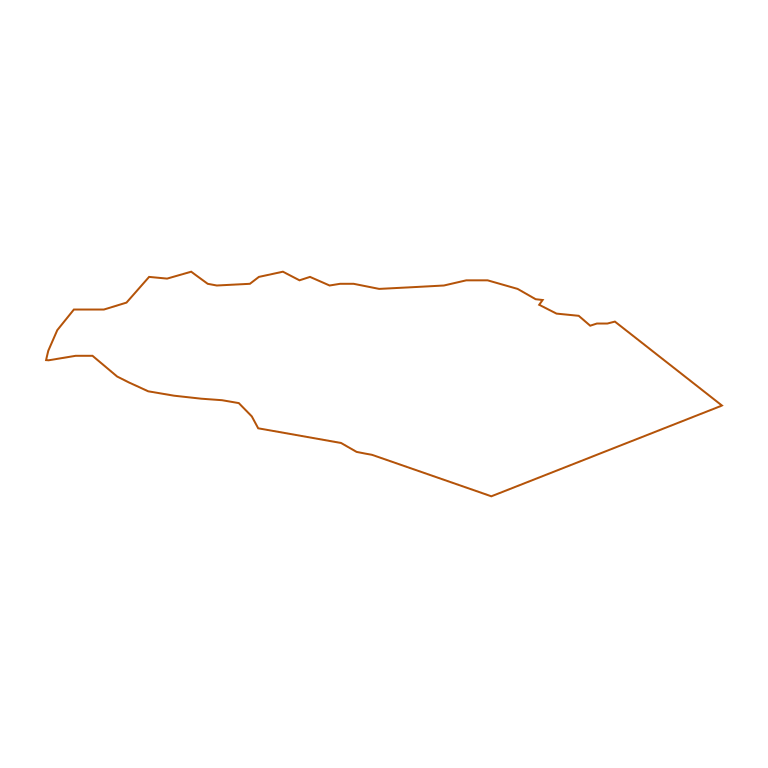 outline of Colombette, Soufrière, Saint Lucia
{"feature_id": "8701671B5497256844946", "entity_name": "Colombette", "entity_type": "district", "adm_level": 2, "iso_a3": "LCA", "parent_name": "Saint Lucia", "parent_adm1": "Soufrière", "projection": "robinson", "projection_center": [-61.052, 13.868], "detail": "fine", "context": "isolated", "style": "outline", "palette": "amber", "viewbox_px": 768, "rotation_deg": 0, "n_neighbors": 0, "source": "geoboundaries", "source_scale": "gbopen_adm2", "svg_char_len": 850}
<svg xmlns="http://www.w3.org/2000/svg" viewBox="0 0 768 768"><path d="M542.6,300.0L535.6,299.2L517.6,288.9L487.5,280.3L466.4,280.3L443.9,285.5L412.3,287.2L379.2,288.9L353.6,283.8L340.1,283.8L329.6,285.5L310.0,276.9L299.5,280.3L282.9,271.7L258.9,276.9L249.9,283.8L216.8,285.5L207.7,283.8L195.5,274.9L191.2,271.7L167.1,278.6L149.1,276.9L126.5,302.6L104.0,309.5L73.9,309.5L57.3,330.1L48.3,350.7L46.8,356.9L46.1,360.1L47.7,360.2L48.5,360.3L75.7,355.8L92.5,355.8L117.1,376.5L128.8,382.4L148.2,391.3L174.1,395.7L201.3,398.7L222.0,400.2L238.8,403.1L251.8,416.4L258.2,428.3L341.1,443.0L347.7,446.8L356.6,451.9L365.3,453.6L371.4,454.7L372.2,454.9L490.2,495.9L491.3,496.3L721.1,405.9L721.9,405.5L721.4,405.1L614.9,321.6L607.5,323.5L597.0,323.5L590.2,325.7L578.7,315.8L556.5,313.6L539.2,304.8L542.6,300.0Z" fill="none" stroke="#b45309" stroke-width="2"/></svg>